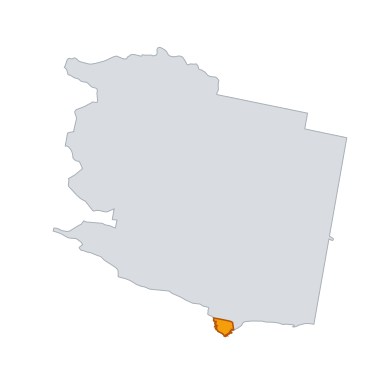 Agig, Red Sea, Sudan (highlighted), rotated 100°
{"feature_id": "16777658B73946128996237", "entity_name": "Agig", "entity_type": "district", "adm_level": 2, "iso_a3": "SDN", "parent_name": "Sudan", "parent_adm1": "Red Sea", "projection": "equal_earth", "projection_center": [38.237, 17.867], "detail": "fine", "context": "in_parent", "style": "filled", "palette": "amber", "viewbox_px": 384, "rotation_deg": 100, "n_neighbors": 0, "source": "geoboundaries", "source_scale": "gbopen_adm2", "svg_char_len": 6661}
<svg xmlns="http://www.w3.org/2000/svg" viewBox="0 0 384 384"><g transform="rotate(100 192 192)"><path d="M254.6,321.9L251.6,321.8L251.3,320.9L251.3,318.2L251.7,316.2L252.8,313.0L252.5,311.3L252.7,308.8L251.9,306.0L244.6,297.8L243.2,295.6L239.2,293.5L239.9,291.2L238.4,274.6L239.3,272.7L239.5,269.8L239.5,267.2L240.5,263.0L240.6,261.2L232.8,261.0L232.7,262.9L233.0,264.9L233.0,265.7L222.1,265.8L226.4,272.3L226.6,275.2L226.4,278.7L226.4,281.0L226.6,282.5L227.8,285.4L227.7,286.0L227.4,286.7L219.6,295.4L218.3,299.4L217.3,301.5L215.0,305.1L207.9,314.4L206.7,315.0L201.4,315.3L200.8,315.6L200.4,316.0L200.2,315.9L195.6,310.4L188.0,303.9L182.8,307.3L181.4,308.5L181.4,311.7L180.6,313.3L179.2,315.1L175.4,316.2L173.4,317.2L171.1,318.9L168.7,321.9L168.5,323.5L168.8,324.8L155.7,324.8L154.9,323.7L153.0,318.8L151.7,319.1L139.8,318.5L138.1,319.0L134.7,321.0L133.0,321.4L131.2,320.4L125.1,310.7L123.8,309.6L122.4,307.2L121.0,306.2L120.6,305.5L120.5,304.5L120.5,302.3L120.1,301.0L119.1,300.7L110.7,302.9L109.5,302.7L107.7,303.1L107.1,303.5L106.4,304.8L106.2,307.4L106.0,308.8L105.3,310.2L102.9,313.5L102.3,314.9L102.4,318.6L102.2,320.4L101.8,321.3L100.8,322.6L100.4,323.5L99.9,328.1L98.6,330.9L98.2,331.9L98.1,333.9L97.9,334.5L94.1,336.2L92.7,337.2L91.8,338.8L91.5,339.4L89.9,338.9L87.9,338.5L83.9,338.0L82.3,337.2L81.6,336.1L81.9,333.3L81.5,332.7L80.8,332.2L80.4,331.0L80.5,329.5L82.7,326.3L83.1,324.5L83.8,316.4L83.7,313.9L82.1,309.3L78.4,301.4L77.5,299.9L72.9,293.4L72.3,292.4L71.2,289.7L72.6,283.7L72.7,282.0L72.4,280.3L71.2,279.1L70.2,278.9L68.8,277.3L67.9,276.6L67.1,275.2L66.6,273.2L67.1,266.1L66.9,265.2L65.7,264.9L65.4,264.4L65.5,263.1L64.9,259.1L64.2,255.8L64.7,253.9L63.7,251.4L61.8,250.3L58.0,251.2L56.8,251.0L56.0,250.6L55.4,249.6L55.2,248.6L55.5,246.9L56.6,243.9L58.0,241.5L60.8,239.3L61.6,238.1L62.0,236.7L62.1,235.2L62.0,233.6L61.7,232.2L60.9,230.2L60.2,228.0L60.3,226.4L60.6,225.3L61.4,224.0L64.2,221.4L67.0,219.3L67.5,218.5L67.3,217.6L66.1,215.8L65.8,212.4L65.1,210.0L66.6,208.2L67.7,207.6L69.3,207.0L69.9,206.3L70.2,204.8L70.1,203.4L70.8,202.4L71.6,200.2L72.3,199.2L74.4,196.7L74.9,195.0L75.1,193.4L74.7,188.6L75.9,186.5L77.5,184.9L79.8,185.0L83.3,184.6L85.6,183.9L87.3,183.9L91.2,184.8L91.6,184.5L91.8,183.2L94.3,91.9L110.1,91.9L110.3,91.7L111.7,49.0L210.9,49.0L211.7,48.8L213.3,44.9L214.0,44.6L215.0,44.8L215.4,45.7L214.5,49.0L301.1,49.0L301.2,53.8L301.9,57.7L304.4,63.3L306.5,66.3L307.2,68.0L307.3,68.7L307.2,69.4L306.5,68.6L305.5,68.1L305.3,70.7L305.8,76.0L306.7,79.8L306.0,83.3L306.1,89.2L307.2,96.3L307.0,100.8L308.8,111.3L310.5,117.2L311.5,118.7L312.6,119.4L314.7,119.9L317.8,122.9L320.2,126.1L321.1,127.7L322.3,129.5L323.1,129.2L323.6,128.7L324.4,130.2L328.3,133.4L328.8,134.8L327.4,136.3L325.8,138.8L325.0,141.1L324.6,141.8L323.3,143.3L323.1,143.9L322.5,144.4L321.9,144.4L320.6,145.2L319.4,145.0L318.2,145.4L317.8,146.0L316.8,146.4L315.5,146.7L313.5,148.6L311.7,149.6L311.1,150.4L310.2,154.3L309.5,155.3L306.9,155.4L305.6,155.7L303.8,155.3L303.0,155.4L302.8,156.2L302.4,159.5L302.5,161.0L301.0,164.8L301.4,171.9L300.0,177.3L299.8,178.5L298.3,182.8L297.6,184.4L295.7,192.3L295.0,194.7L293.5,197.3L295.0,216.4L293.7,222.3L293.7,225.5L292.8,230.2L292.0,232.4L290.8,235.1L289.8,238.0L289.0,241.9L288.4,249.3L288.1,250.0L283.4,250.9L281.9,251.4L281.0,252.2L279.7,254.1L277.3,259.3L276.1,262.5L274.1,266.9L271.8,270.0L271.3,271.5L270.9,274.3L270.0,278.7L269.3,281.8L269.4,284.4L268.6,288.8L268.7,290.9L267.9,292.1L266.8,293.2L266.1,293.5L262.9,290.6L260.6,292.6L259.1,295.5L258.0,298.3L258.6,304.4L258.5,305.8L258.2,307.2L256.0,313.2L255.4,315.9L254.7,320.7L254.6,321.9Z" fill="#d9dde1" stroke="#a8b0b8" stroke-width="1"/><path d="M312.3,148.7L312.7,148.5L314.0,148.4L314.9,148.3L315.0,148.2L315.0,148.3L315.2,148.2L315.2,147.9L315.3,147.8L315.3,147.6L315.3,147.3L315.4,147.2L315.5,147.0L315.5,146.8L315.5,146.7L315.4,146.4L315.3,146.1L315.5,146.1L315.6,145.9L315.7,146.0L315.8,145.9L316.1,145.8L316.4,145.7L316.4,145.8L316.5,145.8L316.7,146.0L316.8,146.2L316.8,146.5L317.0,146.8L317.3,146.8L317.5,146.7L317.8,146.6L318.1,146.4L318.3,146.3L318.5,146.1L318.6,145.9L318.6,145.7L318.6,145.4L318.8,145.1L319.1,144.5L319.2,144.8L319.3,144.8L319.5,144.8L319.6,144.7L319.8,144.5L320.0,144.4L320.1,144.5L320.1,144.8L320.1,145.0L320.1,145.3L320.2,145.5L320.2,146.2L320.4,146.2L320.6,146.2L320.7,146.3L320.8,146.3L320.7,146.0L320.7,145.9L320.7,145.7L320.7,145.4L320.8,145.1L320.8,144.9L320.8,144.6L320.8,144.4L321.1,144.2L321.4,144.2L321.6,144.2L321.8,144.1L322.0,144.3L322.1,144.6L322.2,144.8L322.3,144.6L322.5,144.4L322.5,144.5L322.9,144.6L323.0,144.6L323.3,144.4L323.3,144.1L323.5,143.8L323.5,143.4L323.5,143.1L323.8,142.8L324.0,142.7L324.6,142.5L324.8,142.1L324.7,142.0L324.7,141.9L324.8,141.7L324.9,141.4L325.0,141.2L325.2,140.9L325.3,140.6L325.3,140.3L325.3,140.1L325.4,139.9L325.4,139.7L325.5,139.6L326.0,138.1L326.3,137.1L327.2,136.0L327.8,135.2L328.1,134.9L328.3,134.7L328.4,134.4L328.2,134.4L328.2,134.5L328.1,134.4L328.0,134.2L328.1,133.8L328.0,133.7L327.9,133.6L327.8,133.4L327.8,133.2L327.7,133.0L327.6,132.9L327.4,132.8L327.3,132.7L327.2,132.5L327.2,132.4L327.1,132.5L327.2,132.8L327.3,132.9L327.4,133.1L327.3,133.3L327.5,133.4L327.5,133.5L327.4,133.5L327.2,133.7L327.1,133.8L326.9,133.7L326.9,133.4L326.7,133.4L326.7,133.2L326.4,133.1L326.4,132.9L326.3,132.7L326.5,132.8L326.6,133.0L326.7,132.9L326.8,132.8L326.7,132.7L326.5,132.4L326.4,132.3L326.3,132.2L326.3,132.4L326.3,132.5L326.2,132.7L326.1,132.8L326.0,132.7L325.9,132.5L325.7,132.5L325.6,132.4L325.5,132.2L325.5,131.9L325.4,131.8L325.4,131.7L325.4,131.4L325.5,131.4L325.5,131.5L325.5,131.4L325.6,131.2L325.4,130.9L325.3,130.7L325.2,130.6L324.9,130.5L324.7,130.6L324.6,130.8L324.8,130.9L324.8,131.0L324.7,131.1L324.4,131.1L324.1,131.0L324.1,130.9L323.9,130.9L323.7,130.7L323.4,130.5L323.3,130.4L323.4,130.2L323.5,129.9L323.6,129.7L323.4,129.4L323.5,129.3L323.8,129.4L324.1,129.5L324.1,129.4L324.1,129.2L323.9,129.1L324.0,129.0L324.1,128.8L324.0,128.7L323.9,128.7L323.8,128.8L323.9,129.0L323.7,128.8L323.7,128.7L323.6,128.4L323.4,128.5L323.5,128.8L323.6,129.0L323.4,129.0L323.3,128.9L323.2,128.9L323.1,129.0L323.0,129.3L323.1,129.5L323.1,129.8L323.0,130.0L322.8,130.1L322.7,130.1L322.4,130.0L322.2,130.0L322.2,129.9L322.1,129.7L321.9,129.5L322.0,129.8L322.1,130.0L321.9,129.9L321.7,129.9L321.5,129.7L321.6,129.4L321.4,129.6L321.2,129.4L320.9,129.3L320.9,129.2L320.7,128.9L320.6,128.7L320.7,128.8L320.8,128.7L320.8,128.4L320.7,128.5L320.7,128.4L320.8,128.3L320.7,128.2L320.5,128.3L320.5,128.1L320.4,128.0L320.5,127.8L320.4,127.7L320.3,127.3L320.3,127.1L313.5,129.4L313.2,130.0L312.7,131.6L312.5,135.1L312.3,143.3L312.3,148.7Z" fill="#f59e0b" stroke="#b45309" stroke-width="1.5"/></g></svg>